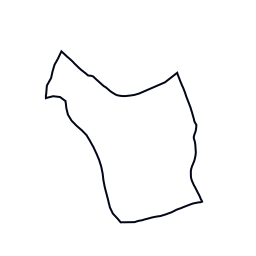 Az Zahir, Al Bayda', Yemen, rotated 339°
{"feature_id": "15242507B38205653347436", "entity_name": "Az Zahir", "entity_type": "district", "adm_level": 2, "iso_a3": "YEM", "parent_name": "Yemen", "parent_adm1": "Al Bayda'", "projection": "mercator", "projection_center": [45.434, 13.999], "detail": "fine", "context": "isolated", "style": "outline", "palette": "ink", "viewbox_px": 256, "rotation_deg": 339, "n_neighbors": 0, "source": "geoboundaries", "source_scale": "gbopen_adm2", "svg_char_len": 2732}
<svg xmlns="http://www.w3.org/2000/svg" viewBox="0 0 256 256"><g transform="rotate(339 128 128)"><path d="M170.8,223.3L170.8,222.3L170.5,220.7L170.5,218.7L170.4,217.1L170.3,215.5L170.0,213.7L169.9,212.1L169.7,210.5L169.5,208.5L169.3,206.8L169.0,204.9L168.9,202.9L168.8,201.0L168.8,199.2L169.0,197.5L169.2,196.6L169.3,196.2L169.4,195.7L170.0,194.0L170.6,192.4L171.2,190.8L172.2,189.1L173.3,187.6L174.0,186.8L174.5,186.2L175.7,185.0L176.3,184.3L176.8,183.8L178.0,182.5L178.4,182.0L179.0,181.2L179.9,179.8L180.9,178.3L181.8,176.7L182.6,175.0L183.1,173.5L183.4,172.4L183.6,171.6L183.8,171.1L184.1,170.1L184.7,168.3L185.1,166.5L185.5,164.9L185.5,164.7L185.5,164.2L185.6,163.1L185.7,161.5L186.2,159.9L186.5,159.5L187.2,158.5L188.4,157.0L189.7,155.6L190.6,154.2L190.9,153.8L191.4,152.8L192.2,151.3L192.9,149.7L192.7,148.3L192.4,146.5L192.4,144.9L192.7,143.3L192.7,143.2L192.9,141.4L193.0,139.8L193.2,138.0L193.3,136.9L193.4,136.2L193.4,134.6L193.6,133.0L193.7,131.0L193.7,129.4L193.7,127.6L193.7,126.0L193.7,124.3L193.7,122.7L193.7,121.1L193.7,119.1L193.8,117.4L193.9,115.5L193.9,113.6L193.9,111.8L193.9,110.0L193.7,108.0L193.7,106.3L193.6,104.6L193.6,102.8L193.6,101.0L193.6,99.0L193.6,98.9L193.6,96.9L193.6,95.1L193.7,94.1L178.9,98.6L150.9,99.8L145.7,99.4L141.8,98.5L138.6,97.7L136.9,97.2L135.2,96.6L133.1,95.6L131.2,94.5L129.6,93.5L128.2,92.1L126.9,90.4L125.7,88.8L125.5,88.5L124.8,87.5L123.9,85.9L122.9,83.9L122.4,83.1L121.8,82.0L120.7,80.6L120.3,80.1L115.7,71.1L113.9,67.3L112.2,66.0L109.6,64.7L109.4,64.3L108.9,63.5L108.0,61.7L106.8,59.8L105.6,57.7L105.4,57.5L104.6,55.9L103.7,54.2L102.9,52.4L102.0,50.5L101.1,48.6L101.0,48.3L100.5,47.0L99.8,45.4L99.0,43.8L98.2,42.2L97.4,40.8L96.6,39.3L93.3,32.6L87.2,38.4L82.1,42.6L77.8,48.2L74.1,53.8L67.5,59.3L63.8,66.9L63.8,67.0L63.0,68.2L62.9,68.4L62.4,69.8L62.1,70.7L62.8,70.7L69.5,71.5L75.6,74.7L76.4,75.9L79.3,80.5L79.2,80.7L78.9,82.1L78.4,84.2L77.6,87.1L76.7,93.9L77.0,95.6L77.9,100.8L80.8,107.5L83.4,112.4L84.0,113.5L84.2,113.9L86.2,118.6L86.7,119.7L87.9,126.5L88.1,128.1L88.9,133.6L89.0,135.0L89.2,138.0L89.4,140.7L89.6,147.8L89.4,150.1L89.3,152.7L89.1,154.8L88.0,161.5L87.5,163.4L86.3,168.1L85.1,174.9L84.8,177.7L84.7,178.2L84.5,180.4L84.3,182.0L83.7,187.4L83.5,189.0L83.3,190.2L82.9,193.9L82.6,195.8L82.7,196.4L83.2,202.5L85.8,208.9L87.1,212.7L87.3,213.4L100.3,218.2L101.1,218.3L102.7,218.3L105.3,218.6L108.2,219.2L110.6,219.3L113.2,219.6L114.0,219.7L115.8,219.9L118.2,220.1L121.1,220.6L123.8,221.1L126.6,221.8L129.5,222.0L132.1,222.2L135.0,222.2L138.2,222.3L141.4,222.0L143.7,221.7L146.3,221.7L149.0,221.8L151.6,221.7L154.1,221.7L156.6,221.7L159.1,221.7L161.9,221.8L164.7,222.3L167.0,222.7L169.6,223.4L170.6,223.3L170.8,223.3Z" fill="none" stroke="#020617" stroke-width="2"/></g></svg>